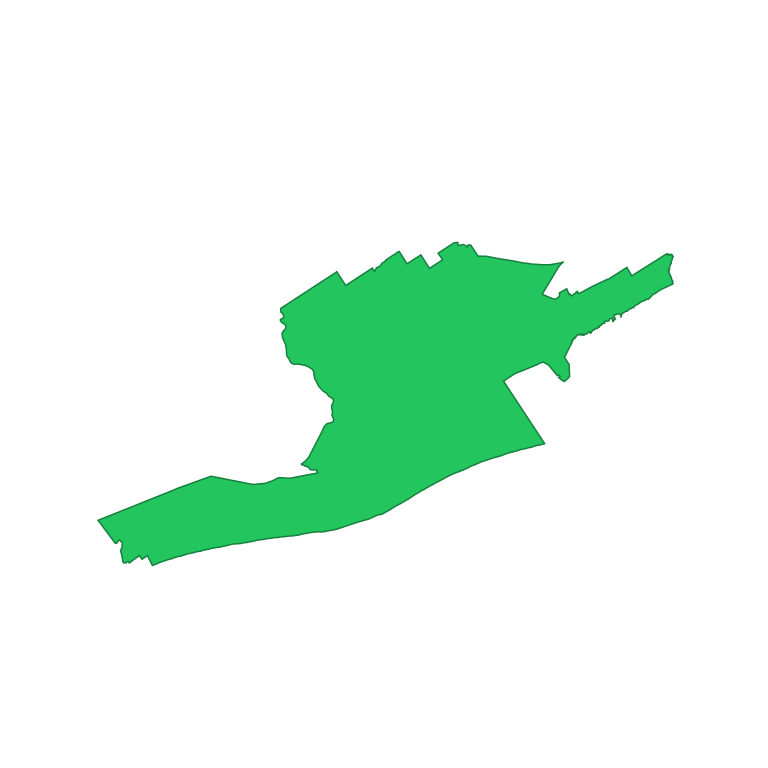 Nīcas pag., Nicas, Latvia (Mercator projection), rotated 250°
{"feature_id": "27541924B8450529664693", "entity_name": "Nīcas pag.", "entity_type": "district", "adm_level": 2, "iso_a3": "LVA", "parent_name": "Latvia", "parent_adm1": "Nicas", "projection": "mercator", "projection_center": [21.017, 56.321], "detail": "fine", "context": "isolated", "style": "filled", "palette": "green", "viewbox_px": 768, "rotation_deg": 250, "n_neighbors": 0, "source": "geoboundaries", "source_scale": "gbopen_adm2", "svg_char_len": 6146}
<svg xmlns="http://www.w3.org/2000/svg" viewBox="0 0 768 768"><g transform="rotate(250 384 384)"><path d="M490.4,312.9L487.1,311.7L483.4,313.3L481.6,312.7L480.5,312.0L480.4,311.6L480.2,310.7L480.4,310.1L480.0,308.6L478.8,308.3L476.3,309.2L474.2,311.1L473.5,311.4L471.2,311.4L469.7,310.5L468.2,307.6L467.4,306.4L466.4,305.5L462.2,304.5L454.6,305.0L450.4,304.2L444.4,302.4L442.5,302.5L439.6,303.5L437.9,303.3L436.6,303.7L434.6,304.6L433.4,306.1L432.3,309.6L431.3,311.3L431.4,311.8L429.7,313.9L429.1,315.5L426.3,318.6L422.3,321.8L419.1,322.2L417.7,321.5L412.6,320.8L403.8,322.0L398.2,324.3L394.4,327.3L392.2,327.6L391.0,328.2L388.2,330.6L385.6,330.9L384.4,330.3L382.5,328.2L380.8,327.1L378.4,326.4L375.9,326.3L372.4,324.4L367.7,324.6L366.1,323.5L365.7,322.1L365.7,321.1L366.2,317.7L366.1,316.5L364.4,313.2L360.2,309.1L341.1,288.4L339.2,285.4L338.3,283.2L337.0,279.0L336.3,279.1L334.8,281.1L334.0,281.5L333.9,282.1L331.9,284.1L330.7,284.9L328.8,285.4L328.1,286.4L326.3,291.3L324.8,291.0L323.6,291.7L323.3,291.6L323.3,289.9L323.8,286.9L325.7,275.5L327.5,263.6L332.1,252.9L331.6,249.5L331.2,245.6L331.2,238.9L333.8,228.6L334.7,226.0L356.5,189.9L356.6,153.5L356.3,150.8L353.7,68.7L326.1,77.0L326.0,79.0L326.6,78.9L327.2,79.8L327.9,82.0L324.3,83.7L323.2,83.6L321.9,82.5L321.0,82.5L320.1,82.1L318.6,80.4L317.4,79.5L311.2,78.8L306.3,77.8L305.0,78.1L304.2,80.7L304.8,81.4L304.6,82.6L304.5,83.0L302.9,83.5L303.2,84.5L303.3,84.5L306.4,95.4L302.0,96.7L303.7,103.0L292.7,104.3L292.7,108.8L293.0,111.7L292.8,121.2L292.4,125.5L292.6,127.7L292.4,129.2L292.3,131.9L291.9,133.6L291.7,136.2L291.6,140.5L290.6,147.7L290.5,150.2L289.9,153.4L289.6,153.8L289.6,157.0L288.6,163.7L288.6,165.8L288.1,167.2L287.8,170.0L286.7,174.4L286.4,177.8L286.2,178.7L286.2,179.5L285.3,187.3L283.4,193.7L283.2,194.8L282.9,195.5L283.0,196.8L282.6,198.0L282.7,198.5L282.4,199.7L281.9,200.9L281.8,201.5L281.9,201.9L280.8,208.3L280.8,210.4L280.2,212.6L280.3,213.2L279.3,217.0L278.8,220.6L277.7,224.9L277.1,228.6L276.0,232.0L276.1,232.4L275.6,234.2L275.6,235.1L274.6,238.1L273.8,242.0L272.3,246.9L272.2,248.2L271.8,249.5L271.9,249.8L271.3,251.5L271.1,255.1L269.2,265.9L267.6,271.8L266.6,273.8L265.3,279.1L265.4,279.3L265.2,281.1L264.0,287.4L263.8,289.6L264.0,289.7L263.9,291.0L263.7,291.0L263.2,311.3L262.3,323.7L263.0,332.4L262.9,334.5L262.5,336.7L262.4,338.9L262.7,339.5L262.8,340.8L263.0,341.4L263.7,346.5L264.2,347.9L264.6,350.4L265.5,354.3L265.6,355.9L265.8,356.5L265.9,358.1L266.6,361.7L266.7,363.5L267.2,365.0L267.8,368.9L268.1,369.3L268.6,371.9L269.6,375.8L270.2,379.6L270.8,381.8L270.9,383.0L271.2,384.9L271.1,385.5L271.7,387.5L271.7,388.3L272.7,393.7L272.8,395.5L273.4,398.4L273.7,401.3L274.3,405.5L274.4,406.7L274.5,406.9L274.8,408.9L275.0,409.5L275.0,410.3L275.6,413.9L275.6,415.1L275.8,416.0L275.7,417.0L276.0,418.6L275.9,420.6L276.1,421.6L275.9,425.6L276.2,427.9L276.0,429.3L276.3,430.3L276.2,430.9L276.6,435.1L277.0,436.9L277.1,443.0L277.6,448.4L277.4,451.1L277.5,453.6L277.3,454.6L277.4,455.8L277.2,457.8L277.3,459.9L276.9,464.4L276.5,470.4L276.7,472.9L276.5,474.0L276.7,475.9L276.4,478.5L276.5,480.3L276.0,481.6L276.1,483.1L275.8,484.6L275.5,491.4L274.8,495.4L274.7,497.8L274.1,501.2L274.2,504.0L273.9,507.2L273.4,509.1L273.0,514.6L345.8,497.3L348.9,510.3L349.8,534.9L350.4,537.9L349.9,541.5L345.5,545.1L332.4,549.8L332.9,551.4L330.7,552.2L330.3,550.5L328.0,551.6L326.0,553.1L326.0,553.4L324.8,554.0L324.9,555.2L326.4,558.9L327.6,561.0L339.1,564.6L347.3,562.7L358.9,575.0L359.9,574.9L360.2,575.5L360.2,576.2L361.1,577.3L361.8,577.3L361.6,579.0L362.4,579.0L362.6,579.3L362.8,579.6L362.6,580.6L363.9,582.3L363.9,583.1L363.6,583.5L364.0,584.0L363.9,584.7L362.5,585.6L363.2,586.5L362.8,587.6L361.7,587.6L361.5,588.3L361.5,588.7L362.4,589.0L361.7,590.9L361.7,592.0L362.2,592.5L363.1,594.1L362.6,595.1L361.8,594.8L361.3,595.3L361.1,595.8L362.4,597.1L362.3,597.5L363.0,598.3L363.1,600.0L363.7,600.8L363.4,601.4L363.8,601.8L363.8,602.4L363.1,603.4L364.7,605.3L364.5,605.7L364.0,605.9L364.8,606.4L364.8,607.7L365.1,607.9L365.4,609.1L365.9,609.2L365.7,609.7L366.2,610.6L365.6,612.0L367.4,613.3L367.3,614.0L366.4,616.2L366.6,617.0L367.0,617.6L367.8,617.8L368.1,618.3L368.0,620.2L367.7,620.6L364.5,620.5L365.0,621.7L365.5,622.2L365.6,623.2L366.6,622.6L367.0,622.7L367.1,623.7L369.2,622.9L370.1,623.6L370.1,624.3L370.2,624.7L369.8,625.1L370.1,627.6L369.4,628.9L367.6,630.0L365.4,629.4L368.3,631.2L369.0,632.7L369.3,633.0L369.0,633.8L369.6,634.7L369.4,635.2L369.5,635.8L369.5,636.8L369.3,637.2L369.5,637.5L369.3,637.8L369.8,638.2L370.6,641.1L370.3,641.4L370.6,642.7L370.7,644.6L370.4,644.9L371.1,645.5L371.9,647.0L372.4,651.1L373.0,652.5L373.4,655.1L373.3,656.5L373.7,657.7L373.3,658.6L374.1,659.5L373.2,661.6L376.1,667.3L376.1,668.2L376.8,671.9L377.6,674.0L377.7,675.3L378.1,677.2L379.1,688.5L379.1,689.4L379.5,689.8L380.9,689.8L381.2,690.5L381.7,690.6L382.2,690.2L386.3,690.2L386.7,689.8L387.3,690.0L387.2,690.2L387.9,690.0L388.8,690.4L389.8,689.9L392.0,690.0L392.2,690.3L392.7,689.8L393.5,690.4L393.5,690.7L394.2,690.7L394.3,691.0L394.2,691.5L395.0,691.6L397.3,693.1L398.6,694.4L398.9,695.0L399.3,694.8L403.2,697.9L404.9,698.8L404.7,699.2L405.0,699.3L405.7,698.7L406.2,699.1L406.7,699.0L406.9,698.4L407.8,698.1L407.8,697.6L407.5,697.4L408.1,696.9L408.1,696.2L407.7,695.7L407.8,695.2L408.3,695.5L408.5,695.1L409.4,695.0L409.7,694.3L400.9,653.9L410.5,652.1L405.5,629.8L406.0,629.6L404.5,613.6L402.2,598.0L404.9,597.3L404.5,595.5L403.9,595.6L402.8,589.9L405.2,589.4L405.6,588.9L405.3,588.5L411.0,588.3L409.6,580.0L406.6,579.0L405.8,577.0L405.2,576.0L405.2,574.9L405.5,573.4L405.9,572.3L414.2,563.3L434.2,588.0L435.9,590.7L437.4,594.5L437.5,590.8L439.3,580.9L441.1,575.6L442.9,571.4L446.4,563.4L448.1,560.5L450.1,556.3L456.1,546.4L462.6,534.6L469.1,523.7L472.0,516.1L485.0,513.0L485.0,512.3L486.0,510.6L484.3,509.3L487.9,506.5L488.7,501.1L491.9,501.7L492.7,497.8L488.4,479.6L480.7,481.5L477.1,466.3L492.7,462.8L489.1,446.8L503.4,443.6L502.9,440.2L502.4,439.5L501.8,436.1L499.8,428.0L499.2,428.2L498.1,423.2L496.5,421.2L496.2,420.4L495.7,416.6L492.9,413.5L496.9,412.7L489.7,381.7L505.7,378.0L505.5,377.7L503.5,369.2L490.4,312.9Z" fill="#22c55e" stroke="#15803d" stroke-width="1.5"/></g></svg>